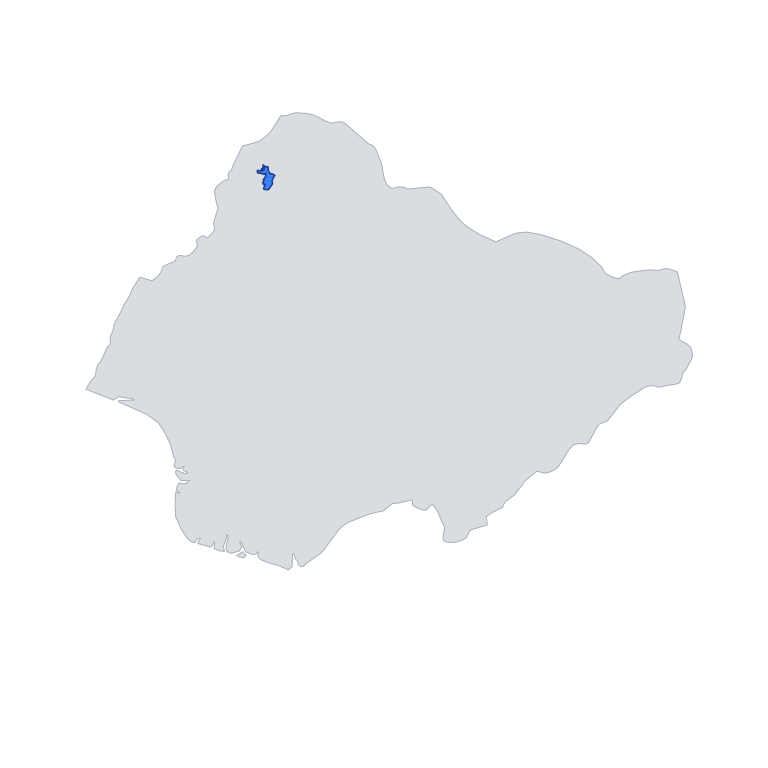 Jega, Kebbi, Nigeria (highlighted), rotated 24°
{"feature_id": "59680162B13498430232382", "entity_name": "Jega", "entity_type": "district", "adm_level": 2, "iso_a3": "NGA", "parent_name": "Nigeria", "parent_adm1": "Kebbi", "projection": "orthographic", "projection_center": [4.336, 12.103], "detail": "fine", "context": "in_parent", "style": "filled", "palette": "blue", "viewbox_px": 768, "rotation_deg": 24, "n_neighbors": 0, "source": "geoboundaries", "source_scale": "gbopen_adm2", "svg_char_len": 5765}
<svg xmlns="http://www.w3.org/2000/svg" viewBox="0 0 768 768"><g transform="rotate(24 384 384)"><path d="M606.4,162.3L627.9,190.7L633.0,212.2L635.1,222.8L638.5,223.9L644.9,224.2L649.6,226.2L652.6,229.6L654.4,232.9L654.8,234.8L654.0,247.9L652.5,252.6L653.7,259.0L653.5,261.7L652.8,263.6L650.1,265.9L646.2,268.1L637.1,274.6L634.5,275.6L630.6,275.9L627.3,277.6L623.4,281.1L615.1,293.8L608.1,306.5L603.2,326.8L596.8,333.3L595.8,339.0L595.1,351.6L594.2,355.4L593.2,356.6L586.1,359.2L582.1,362.2L579.8,368.0L577.1,387.4L576.1,390.7L573.9,394.1L570.3,397.8L567.2,399.9L559.1,401.5L551.6,416.3L551.6,418.8L548.4,432.1L542.6,442.3L542.3,448.7L535.0,457.6L531.2,463.7L535.3,469.8L535.6,470.8L522.9,481.7L522.1,483.3L521.7,490.6L520.7,492.6L518.4,495.3L515.0,498.4L511.5,500.7L507.5,502.4L503.6,503.1L501.5,502.2L500.2,500.0L497.9,491.2L496.8,489.3L494.3,487.6L484.2,478.1L478.1,474.7L476.8,475.0L475.9,476.0L474.2,481.0L472.5,482.8L469.4,483.5L463.9,483.7L459.8,483.1L458.9,482.1L456.9,478.3L444.7,487.5L440.3,489.6L434.9,500.3L427.2,505.7L421.8,510.3L407.5,525.0L404.7,529.3L401.9,535.6L395.9,562.7L386.0,579.7L384.7,583.3L384.1,583.2L382.8,584.7L378.9,583.8L377.2,580.7L374.8,580.2L370.6,575.7L369.7,576.5L374.2,588.0L372.6,592.6L360.3,592.9L349.8,594.5L342.6,594.5L338.9,592.9L337.3,588.5L336.7,589.0L336.3,591.3L334.0,593.2L325.9,593.6L322.3,590.7L319.3,587.4L316.2,586.0L316.7,587.4L320.3,590.6L319.9,595.2L313.4,600.7L309.2,601.0L306.6,598.7L305.3,595.0L304.6,589.3L302.8,585.7L301.9,585.7L303.1,591.8L303.1,597.5L306.3,601.9L301.5,603.3L295.7,603.5L295.0,601.9L294.3,598.2L293.3,597.2L292.1,603.5L280.3,605.3L278.6,605.0L278.3,603.9L279.2,602.2L278.9,599.4L276.3,601.5L275.9,605.8L274.4,606.5L269.9,606.0L265.0,603.8L257.0,598.4L247.3,589.6L245.7,585.7L242.9,580.8L237.7,567.4L238.7,566.8L240.9,567.5L242.0,566.3L238.0,565.4L237.1,564.4L236.8,561.4L237.0,557.8L243.2,555.9L244.6,553.7L245.4,551.5L237.8,554.8L230.7,551.1L229.2,548.8L229.9,547.0L238.2,546.9L241.1,545.1L239.3,544.5L236.2,544.6L235.0,543.5L235.1,540.7L234.1,541.3L232.7,543.8L228.0,545.6L225.2,543.8L224.9,539.8L224.3,538.0L221.9,536.6L213.5,526.0L203.0,517.2L193.6,511.2L179.5,508.2L149.9,508.3L148.3,507.5L150.1,506.1L152.7,505.1L162.2,500.2L160.6,499.6L150.7,502.6L147.3,502.9L143.0,508.8L113.9,510.0L114.0,507.3L115.3,499.5L117.1,494.1L115.1,487.6L114.7,481.7L115.9,479.9L116.3,477.6L116.1,462.5L117.6,460.2L117.7,458.7L114.7,452.2L114.7,447.2L114.2,442.4L113.2,440.2L114.4,421.7L114.1,417.1L115.0,413.9L115.6,405.9L115.5,398.1L117.5,385.7L129.9,384.1L132.9,379.3L134.7,373.2L134.2,367.1L138.2,361.8L143.1,357.1L142.9,351.9L144.2,350.3L146.5,349.1L149.8,348.5L153.5,346.0L155.6,341.5L157.6,334.2L154.4,329.2L154.5,328.1L155.7,325.4L157.7,322.7L159.2,321.8L162.8,322.5L163.9,321.4L166.3,313.4L166.1,311.3L162.7,305.9L160.9,291.5L160.0,289.6L157.4,286.9L150.5,276.8L150.7,271.9L153.6,265.8L155.5,262.8L158.1,261.1L158.6,259.7L157.9,258.0L156.5,256.7L156.2,253.9L157.6,250.0L157.2,245.8L157.9,224.0L163.5,219.7L171.6,212.6L175.7,205.2L177.9,199.6L180.7,180.9L185.0,178.9L193.1,172.0L204.1,168.1L211.2,166.8L223.8,167.6L230.1,166.9L235.5,163.2L238.0,162.1L241.4,161.5L272.7,171.0L275.6,170.6L278.0,171.2L281.9,173.7L291.2,182.7L301.0,196.7L304.0,199.6L307.1,201.2L310.2,201.8L312.5,201.5L314.7,200.2L317.7,197.5L322.3,196.2L326.1,196.4L345.4,185.5L347.3,185.3L359.3,187.4L375.8,198.0L389.2,204.8L398.6,207.0L409.7,208.5L428.4,208.7L442.2,193.3L447.4,189.9L453.6,186.8L466.6,183.7L488.3,181.3L508.7,181.6L521.4,183.8L534.9,188.4L540.8,192.9L549.8,193.5L556.2,192.3L558.2,187.6L564.5,181.3L574.0,175.3L581.8,171.0L588.2,169.0L593.8,164.3L598.4,162.7L606.4,162.3ZM326.7,599.6L322.2,601.0L319.2,600.7L323.2,594.6L325.3,595.9L327.9,596.4L326.7,599.6Z" fill="#d9dde1" stroke="#a8b0b8" stroke-width="1"/><path d="M200.7,246.9L200.3,245.6L200.2,245.4L200.1,245.2L199.1,244.1L199.0,242.5L199.1,241.5L199.2,238.8L199.5,238.0L198.0,237.5L197.9,237.5L196.1,237.6L194.6,238.0L194.3,238.3L193.6,237.4L193.4,237.3L193.4,237.2L193.2,237.1L192.8,237.0L192.6,237.0L192.4,236.8L192.3,236.7L192.2,236.6L192.0,236.3L191.8,236.1L191.7,236.1L191.6,235.9L190.9,235.5L190.8,235.4L190.9,235.2L190.8,234.7L190.7,234.3L190.2,233.6L190.2,233.1L190.3,233.1L189.2,232.8L188.4,233.5L187.3,233.6L184.6,233.2L184.9,233.8L185.0,234.1L185.0,234.4L185.1,234.5L185.3,234.5L185.2,234.6L185.2,234.8L185.3,234.7L185.4,234.8L185.5,235.0L185.4,235.0L185.5,235.2L185.5,235.3L185.6,235.5L185.7,235.4L185.8,235.4L185.9,235.5L186.0,235.5L186.1,235.4L186.1,235.2L186.1,234.8L186.4,234.8L186.4,235.0L186.5,235.2L186.6,235.3L186.4,235.4L186.3,235.5L186.5,235.5L186.6,235.8L186.6,236.0L186.7,236.3L186.7,236.5L186.6,236.8L186.8,236.8L186.8,236.7L186.9,236.8L187.0,237.0L186.9,237.0L187.0,237.1L187.1,237.3L187.1,237.5L186.9,237.6L186.8,237.8L186.7,237.8L186.4,237.9L186.3,238.0L186.2,238.0L186.2,238.3L186.2,238.5L185.9,238.7L185.4,238.9L185.3,238.7L185.2,237.4L184.9,237.3L184.6,237.3L184.6,237.7L184.9,238.3L184.8,238.7L184.4,239.7L181.6,240.2L181.8,241.1L182.1,242.1L182.4,242.2L182.7,242.3L182.9,242.4L183.1,242.4L183.3,242.4L183.9,242.3L184.1,242.2L184.4,242.0L185.3,241.7L186.4,241.5L187.1,241.5L187.9,241.4L188.6,241.3L189.5,241.0L189.5,240.9L189.6,240.7L189.8,240.4L190.1,239.8L190.6,239.7L190.6,239.8L190.6,240.1L190.6,240.3L190.7,240.7L190.8,240.8L190.9,241.1L191.4,242.1L191.4,242.3L191.4,242.6L191.2,243.6L191.2,244.5L191.0,245.1L190.9,245.8L190.6,246.2L190.7,246.4L191.4,246.9L191.6,247.0L191.4,248.8L191.3,249.3L191.7,249.3L191.9,249.3L192.0,249.5L192.1,249.8L192.5,250.5L193.5,250.3L194.2,250.1L194.1,251.2L194.3,252.1L194.4,252.3L194.4,252.8L194.4,253.2L194.5,253.7L194.4,254.0L195.2,255.0L196.1,254.7L197.5,254.3L199.0,253.7L199.7,252.4L200.0,250.5L200.4,248.8L200.7,246.9Z" fill="#3b82f6" stroke="#1e3a8a" stroke-width="1.5"/></g></svg>